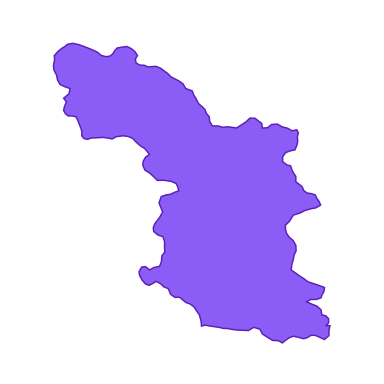 Cachoeira de Minas, Minas Gerais, Brazil, rotated 85°
{"feature_id": "56859067B68641329278226", "entity_name": "Cachoeira de Minas", "entity_type": "district", "adm_level": 2, "iso_a3": "BRA", "parent_name": "Brazil", "parent_adm1": "Minas Gerais", "projection": "albers", "projection_center": [-45.796, -22.373], "detail": "fine", "context": "isolated", "style": "filled", "palette": "violet", "viewbox_px": 384, "rotation_deg": 85, "n_neighbors": 0, "source": "geoboundaries", "source_scale": "gbopen_adm2", "svg_char_len": 3104}
<svg xmlns="http://www.w3.org/2000/svg" viewBox="0 0 384 384"><g transform="rotate(85 192 192)"><path d="M334.9,148.0L332.2,142.2L334.6,136.3L339.5,134.3L343.5,129.2L346.8,124.7L347.7,118.8L350.2,115.2L347.5,111.1L345.5,107.4L344.5,103.5L345.9,98.9L347.9,93.7L347.2,90.0L345.0,85.5L345.7,81.4L347.7,77.8L350.5,72.9L347.0,68.1L341.6,67.6L337.2,66.2L336.8,69.9L334.1,67.3L330.1,67.0L327.0,69.5L325.7,73.3L320.5,73.8L316.5,77.6L314.1,82.5L311.4,87.4L309.4,82.9L309.9,77.6L308.7,72.8L305.6,71.3L302.7,69.3L298.7,68.3L296.0,74.0L294.0,78.6L291.7,84.1L288.1,88.1L285.1,92.0L281.8,95.8L278.3,100.0L272.9,98.9L268.2,97.0L263.8,95.8L259.5,93.4L254.2,93.2L249.3,95.4L245.2,99.3L241.1,101.5L237.1,102.1L233.3,101.9L229.8,97.6L223.9,93.1L222.2,85.8L220.2,80.9L219.1,75.3L218.6,70.0L216.2,65.0L212.2,66.4L209.1,68.3L205.7,69.4L204.0,73.4L203.1,77.3L200.4,80.5L196.4,81.8L193.8,84.4L190.9,87.7L185.5,87.2L181.5,89.5L177.8,90.8L174.5,91.5L173.2,95.2L169.6,99.1L164.8,98.6L161.0,95.4L159.7,91.2L159.0,85.8L154.5,83.4L150.8,82.3L145.9,82.2L142.5,80.9L139.2,82.1L139.7,87.0L136.8,91.2L135.0,96.4L131.7,101.3L131.7,106.8L134.5,111.0L134.5,116.2L129.7,116.6L127.3,119.4L124.1,122.7L123.4,127.8L126.7,131.9L129.8,137.6L132.1,142.1L130.9,147.2L130.0,151.7L130.3,155.6L128.5,160.2L128.0,165.9L123.4,168.2L118.5,168.3L114.9,170.8L111.1,171.8L107.8,174.5L104.5,177.8L99.5,179.8L95.8,181.7L91.3,183.0L88.4,189.2L83.4,191.6L80.4,195.1L77.3,200.0L75.4,203.0L71.9,205.8L69.6,208.5L66.2,212.1L63.7,216.8L63.6,220.9L63.7,224.8L61.6,228.5L61.0,233.0L58.6,236.5L54.5,236.8L51.3,234.4L47.2,236.6L43.9,239.9L41.4,244.1L41.6,249.4L42.0,253.9L44.4,256.6L47.6,259.0L49.5,262.1L49.7,265.7L48.1,270.5L44.3,274.3L41.1,280.0L38.9,284.3L37.3,287.7L35.5,291.4L33.5,297.7L34.0,303.0L36.0,306.1L37.6,309.2L40.5,313.5L44.2,317.3L47.7,317.3L50.9,318.1L54.2,319.0L58.5,318.9L63.8,316.7L68.7,316.2L73.4,314.1L76.3,309.0L78.3,304.5L83.4,305.9L87.4,311.7L91.3,309.2L95.7,311.6L99.5,312.8L103.1,311.2L105.5,308.6L105.7,304.7L107.2,300.8L111.7,299.2L116.1,298.0L119.5,296.9L123.1,296.5L126.5,296.9L129.3,295.0L130.5,291.5L129.4,287.8L129.6,283.7L129.9,275.6L131.1,270.5L132.2,266.9L130.3,262.8L130.0,255.9L131.1,250.7L133.4,246.4L137.6,243.2L141.8,239.1L144.5,235.4L148.2,232.8L151.1,231.1L153.0,235.0L157.0,237.9L161.0,238.7L166.1,237.0L169.4,232.6L173.0,229.2L177.4,225.6L177.9,218.7L179.7,211.6L182.2,207.0L185.9,205.7L189.7,205.1L190.9,209.8L192.4,213.6L192.6,217.7L193.8,223.0L200.0,225.8L205.4,224.2L209.3,223.0L214.0,226.1L218.0,229.7L220.6,232.0L224.2,233.7L228.0,233.6L231.8,229.7L234.0,224.9L239.1,223.6L244.7,224.2L249.4,224.3L253.0,227.6L258.7,228.5L263.2,230.8L263.9,236.4L265.9,241.0L262.3,244.8L262.4,248.7L266.8,251.7L270.5,251.5L275.4,249.4L279.7,246.2L281.2,242.9L279.9,239.5L277.9,235.4L280.8,231.1L283.9,228.5L286.3,224.0L292.1,222.2L295.5,218.1L295.7,213.7L298.1,211.2L301.5,207.8L303.3,203.8L306.6,200.0L311.1,197.7L314.9,195.4L321.5,194.2L326.4,194.2L325.8,190.1L327.0,186.3L328.2,181.0L329.3,176.5L330.6,172.7L331.2,168.2L332.4,163.8L333.5,158.8L334.1,153.7L334.9,148.0Z" fill="#8b5cf6" stroke="#5b21b6" stroke-width="1.5"/></g></svg>